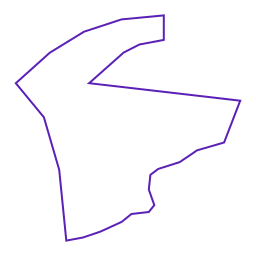 outline of Mellieħa
{"feature_id": "MLT-5925", "entity_name": "Mellieħa", "entity_type": "state/province", "adm_level": 1, "iso_a3": "MLT", "parent_name": "Malta", "parent_adm1": "", "projection": "orthographic", "projection_center": [14.362, 35.96], "detail": "fine", "context": "isolated", "style": "outline", "palette": "violet", "viewbox_px": 256, "rotation_deg": 0, "n_neighbors": 0, "source": "natural_earth", "source_scale": "10m", "svg_char_len": 421}
<svg xmlns="http://www.w3.org/2000/svg" viewBox="0 0 256 256"><path d="M66.3,240.6L59.2,169.8L43.9,117.3L15.8,83.2L49.8,52.7L84.0,31.7L121.5,19.4L163.8,15.4L163.8,39.9L139.4,44.5L123.7,52.5L89.1,83.2L240.2,100.7L224.1,142.5L197.1,150.3L179.7,162.1L158.3,168.9L150.4,174.8L148.8,189.5L154.3,205.1L148.8,212.0L131.4,214.0L121.8,221.8L100.4,231.6L83.0,237.5L66.3,240.6Z" fill="none" stroke="#5b21b6" stroke-width="2"/></svg>